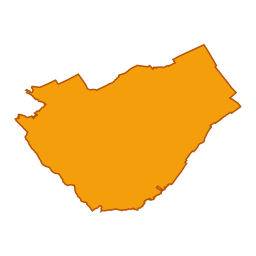 outline of Candesti, Neamt, Romania
{"feature_id": "2599482B29672105595904", "entity_name": "Candesti", "entity_type": "district", "adm_level": 2, "iso_a3": "ROU", "parent_name": "Romania", "parent_adm1": "Neamt", "projection": "equal_earth", "projection_center": [26.554, 46.712], "detail": "fine", "context": "isolated", "style": "filled", "palette": "amber", "viewbox_px": 256, "rotation_deg": 0, "n_neighbors": 0, "source": "geoboundaries", "source_scale": "gbopen_adm2", "svg_char_len": 5721}
<svg xmlns="http://www.w3.org/2000/svg" viewBox="0 0 256 256"><path d="M92.4,210.8L95.3,208.7L97.1,208.3L98.4,206.9L100.1,205.9L100.9,205.7L101.8,207.5L101.1,208.3L101.2,208.9L101.2,209.7L101.7,210.1L101.2,211.2L102.4,210.5L103.9,210.7L105.5,210.7L106.4,210.4L109.3,209.9L110.8,210.2L111.2,210.1L111.4,209.8L111.8,209.7L113.5,209.7L114.4,209.1L115.4,209.1L116.8,209.2L119.1,209.9L120.9,210.1L121.1,210.4L121.6,210.6L121.6,210.4L122.2,210.3L122.9,209.9L124.5,210.0L125.6,209.7L126.5,210.0L127.2,209.5L128.5,209.3L129.0,209.0L131.1,209.3L132.2,208.8L133.2,208.7L133.1,208.4L133.5,208.2L133.9,208.4L134.1,208.6L134.1,209.1L134.5,209.3L137.2,209.8L137.7,210.1L137.9,209.9L137.7,209.4L138.1,208.5L139.3,208.0L140.3,207.9L141.5,206.8L142.5,206.4L142.3,206.1L143.3,205.0L143.4,204.5L144.0,204.1L144.0,203.9L144.7,203.4L144.6,203.1L144.3,202.7L144.6,202.1L144.2,201.8L144.2,201.5L144.5,201.1L144.9,201.1L145.0,200.8L145.7,200.7L145.9,200.0L146.4,199.9L146.7,199.6L147.4,199.2L147.6,199.2L147.7,199.5L148.5,199.5L148.9,199.2L149.3,198.6L149.9,198.8L149.8,199.0L150.3,199.6L150.1,199.9L150.4,200.0L150.7,199.8L150.5,199.5L150.5,199.4L151.1,199.5L151.2,199.9L151.5,200.0L151.9,199.6L152.6,199.7L153.8,199.3L154.0,198.5L153.8,197.8L154.2,197.7L153.8,197.4L153.8,197.1L155.3,196.7L156.6,195.5L157.6,195.0L158.2,194.9L158.3,194.6L158.7,194.7L159.3,194.5L160.2,193.8L161.1,193.5L161.2,193.3L161.2,193.1L160.7,193.1L160.6,192.8L160.7,192.5L162.2,190.9L159.9,189.9L156.6,187.8L157.6,186.2L161.5,189.0L163.4,190.0L163.6,189.6L164.3,189.7L164.5,189.5L164.4,189.3L164.4,189.2L164.9,189.1L165.1,188.8L165.3,188.4L165.2,188.2L164.5,187.6L164.4,187.3L165.0,187.0L166.1,187.2L166.6,187.1L167.3,185.4L167.7,185.2L168.1,185.4L168.2,185.1L168.5,185.0L168.3,184.5L168.5,184.3L170.2,183.9L170.6,184.0L171.2,184.6L171.4,184.6L171.5,184.5L171.6,184.0L172.0,184.0L172.3,183.7L179.5,173.7L180.0,173.2L181.6,171.1L182.6,169.3L183.3,168.6L183.9,167.4L185.8,164.4L186.6,163.5L185.0,162.2L186.6,160.6L186.6,160.4L186.0,159.6L186.0,159.3L189.0,155.7L188.8,155.5L188.9,155.2L192.4,151.0L193.5,151.7L195.8,149.5L197.5,147.1L198.4,145.3L199.4,143.9L202.1,142.8L203.9,141.7L204.3,140.8L204.5,139.0L204.9,137.8L206.0,135.7L206.7,134.2L208.1,131.5L210.4,128.0L210.5,128.1L211.1,127.4L210.3,126.8L211.0,126.2L210.3,125.6L210.4,125.4L213.0,123.6L214.8,122.6L215.4,123.2L221.1,119.2L220.8,118.9L230.5,112.3L231.6,113.2L240.6,106.7L240.6,106.4L240.1,105.8L239.3,105.0L237.5,102.7L236.2,102.1L234.9,101.0L233.4,100.2L232.1,99.2L231.1,98.8L229.9,98.1L236.1,92.6L236.1,92.4L235.6,92.0L234.3,90.6L231.7,88.0L227.5,82.4L221.8,75.4L220.1,72.9L217.6,70.0L215.2,66.9L215.5,66.4L216.5,65.7L206.9,49.3L203.9,44.8L203.4,45.0L179.9,55.8L172.9,59.6L175.1,62.8L168.7,66.0L168.4,65.6L166.2,66.1L163.9,67.7L162.7,67.1L154.7,67.3L155.2,67.8L153.5,67.5L152.9,69.2L149.9,65.6L148.8,66.0L147.6,67.0L146.9,66.7L137.0,65.4L136.5,65.8L131.5,68.2L128.3,70.6L128.1,70.9L127.1,71.7L124.3,73.5L123.0,73.8L122.3,74.2L119.8,74.8L118.7,75.5L118.6,75.8L118.9,76.8L117.3,77.8L116.3,79.2L115.1,79.9L114.2,81.3L112.6,82.6L108.8,84.1L107.9,84.6L107.2,85.2L101.7,87.8L98.6,89.1L97.5,89.8L97.0,90.4L95.1,89.6L93.5,89.4L91.6,89.6L90.6,89.9L89.7,89.7L87.9,88.9L87.1,88.0L86.9,87.4L85.3,84.1L78.3,74.2L68.4,79.5L62.0,82.5L58.6,84.0L57.4,83.2L55.7,80.3L55.5,80.1L48.6,83.5L41.8,86.6L40.2,87.1L39.3,87.3L37.9,87.2L36.6,86.9L34.8,86.8L32.9,86.4L32.1,86.6L31.7,86.9L31.6,87.2L32.0,87.9L32.2,88.8L33.2,90.2L33.3,90.5L32.1,92.3L31.2,92.7L29.9,92.2L30.0,91.8L29.8,91.0L28.0,90.5L26.6,89.7L25.9,90.2L25.8,90.3L27.6,90.9L27.3,91.8L26.7,92.7L26.9,92.9L27.2,93.1L27.7,93.1L28.6,93.3L29.2,93.8L31.7,95.2L32.2,95.8L32.7,95.9L33.0,96.7L34.0,97.5L34.4,98.2L35.0,98.4L35.4,99.5L35.8,99.5L36.3,99.2L37.5,99.5L37.9,99.8L38.5,101.1L39.8,101.4L40.5,101.7L41.7,101.8L42.2,102.1L42.9,102.2L44.4,103.2L44.2,103.7L44.6,103.8L44.9,104.1L45.3,103.9L45.8,104.2L44.8,105.0L44.6,105.8L44.0,106.2L43.4,106.9L43.1,107.2L41.9,107.6L40.4,109.7L39.9,109.9L39.5,110.3L39.6,110.7L39.4,110.9L38.7,111.2L37.8,111.0L37.0,111.2L34.9,113.1L34.5,113.2L35.1,113.9L36.7,114.1L36.9,114.4L36.3,115.0L37.0,115.4L36.8,115.5L36.2,115.3L36.0,115.7L35.6,115.6L35.4,115.9L35.1,115.8L34.8,115.9L34.8,116.4L34.5,116.7L34.8,116.7L34.4,117.2L33.8,118.2L33.4,118.5L33.2,118.2L33.1,117.8L34.1,116.9L34.1,116.7L33.5,116.5L33.0,116.8L32.5,116.8L31.8,116.0L30.7,116.9L29.8,117.0L29.5,116.8L27.7,117.6L27.5,117.4L26.1,117.0L25.2,116.2L24.0,115.7L23.4,115.6L22.4,115.1L21.6,115.1L20.5,114.5L19.7,114.8L19.3,114.4L18.4,114.7L18.3,114.9L18.8,115.4L18.4,116.1L18.7,116.6L18.3,116.9L19.0,117.3L19.1,117.8L18.2,118.5L17.8,118.2L17.3,118.2L15.4,119.0L15.9,119.3L16.1,120.2L16.0,120.5L16.6,121.0L18.6,123.2L22.0,126.3L23.4,128.0L26.9,131.5L27.5,131.9L26.5,135.1L25.3,136.5L25.1,137.1L25.7,137.9L25.9,139.2L26.2,139.6L27.6,140.8L28.4,142.3L28.7,143.7L29.5,145.0L30.5,146.3L31.2,147.5L31.3,148.0L32.3,148.9L33.0,149.7L33.9,150.4L35.5,152.5L36.6,153.5L37.1,154.5L37.9,155.5L38.6,157.3L39.8,159.3L40.4,160.0L41.1,161.8L42.1,163.8L43.2,164.8L45.3,166.2L49.5,167.5L51.0,170.0L52.2,171.5L55.0,173.2L56.2,173.5L57.7,173.5L58.6,173.9L59.4,174.4L59.5,174.7L59.8,175.1L60.0,175.7L60.7,176.5L60.9,176.7L61.1,177.9L62.4,178.9L62.5,179.6L62.8,180.0L63.2,181.5L63.5,182.0L63.4,182.2L63.7,182.3L65.0,184.0L67.1,185.3L67.5,185.5L69.8,184.8L71.8,184.8L72.8,185.2L74.2,185.3L74.3,185.5L74.2,185.6L74.3,185.9L74.7,186.0L74.6,186.6L75.0,189.5L75.0,190.3L75.5,192.1L75.9,193.2L77.5,194.9L77.6,196.3L78.0,196.7L79.1,197.1L79.4,197.7L80.2,198.5L80.5,198.9L80.8,199.8L80.9,200.5L81.3,201.2L82.7,201.7L83.2,201.7L83.8,202.1L84.4,202.2L85.3,202.1L86.5,202.5L86.9,203.8L86.8,204.2L87.0,204.5L87.4,204.7L88.3,205.8L89.6,206.8L90.6,208.6L92.4,210.8Z" fill="#f59e0b" stroke="#b45309" stroke-width="1.5"/></svg>